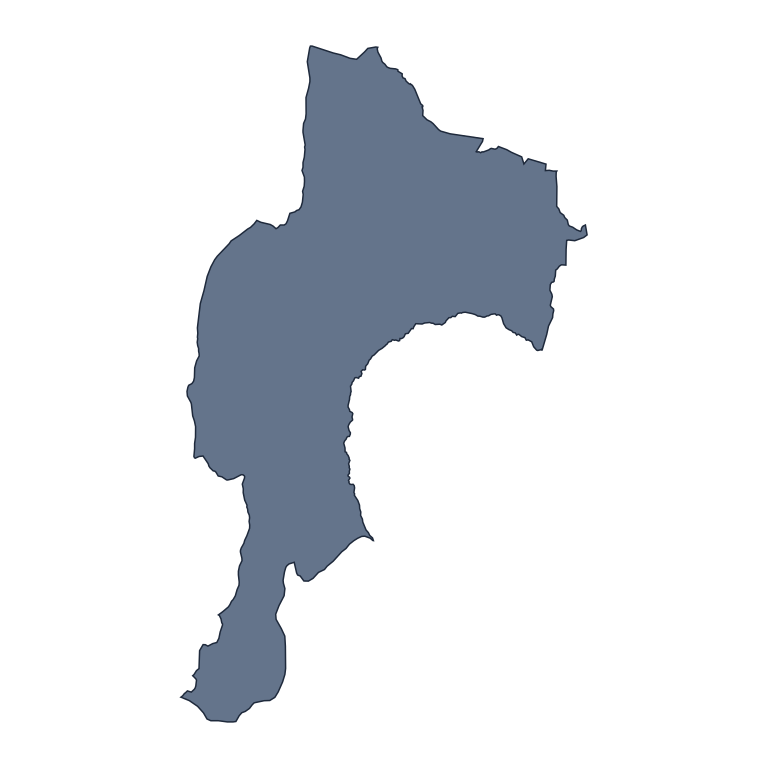 the district of Chipaque, Cundinamarca, Colombia
{"feature_id": "7082276B56609677726929", "entity_name": "Chipaque", "entity_type": "district", "adm_level": 2, "iso_a3": "COL", "parent_name": "Colombia", "parent_adm1": "Cundinamarca", "projection": "natural_earth1", "projection_center": [-74.063, 4.408], "detail": "fine", "context": "isolated", "style": "filled", "palette": "slate", "viewbox_px": 768, "rotation_deg": 0, "n_neighbors": 0, "source": "geoboundaries", "source_scale": "gbopen_adm2", "svg_char_len": 6093}
<svg xmlns="http://www.w3.org/2000/svg" viewBox="0 0 768 768"><path d="M377.8,47.3L375.8,47.0L367.8,48.4L364.4,52.1L356.6,59.3L350.0,58.3L340.7,54.8L333.3,53.0L312.2,46.1L310.4,46.1L309.7,47.9L307.3,61.7L309.9,78.0L309.9,81.6L308.6,88.2L306.0,97.6L306.1,113.8L305.5,119.0L303.6,123.4L303.0,130.2L303.0,132.3L305.2,145.1L304.6,147.0L305.0,149.4L304.3,157.2L303.0,162.6L303.0,167.3L302.0,170.5L304.4,177.1L304.5,181.4L304.2,186.2L302.6,191.3L303.2,194.5L302.4,202.2L301.0,206.9L299.0,209.7L296.6,210.5L294.9,211.9L289.9,213.3L287.5,220.8L286.0,223.8L284.2,225.0L280.3,225.0L277.9,227.6L276.0,228.7L273.1,226.1L270.3,224.5L260.9,222.3L256.8,220.4L254.2,223.8L250.5,227.4L247.7,229.0L239.3,235.5L231.1,240.9L229.2,243.7L217.3,256.2L214.7,259.7L210.9,266.8L207.2,276.4L204.0,290.5L200.3,303.6L197.4,327.9L197.8,333.3L197.4,337.2L197.7,338.7L197.2,342.2L197.7,345.7L198.6,348.4L198.6,351.2L199.1,353.6L199.2,356.0L196.6,360.9L194.7,367.8L194.4,377.6L193.6,381.2L191.9,383.6L188.7,385.3L187.9,387.2L187.0,391.4L187.4,396.0L190.9,402.4L191.4,404.1L192.7,415.9L194.4,420.9L195.6,426.6L195.5,437.3L194.6,443.5L194.6,448.7L193.9,456.4L194.5,457.8L195.3,458.2L199.0,456.5L203.0,456.0L208.2,463.7L208.9,466.1L210.0,467.8L213.2,470.9L214.7,471.1L215.9,472.1L218.2,476.0L221.9,476.8L226.5,479.9L227.7,480.0L233.7,478.6L241.2,474.7L243.0,474.8L244.2,475.7L244.6,476.4L244.5,478.1L242.3,484.1L243.3,488.8L243.2,492.7L244.7,500.1L247.0,505.2L246.8,507.1L247.6,509.0L247.9,512.0L249.3,515.2L249.6,517.9L249.1,521.4L249.7,525.0L249.6,528.3L246.9,535.7L244.7,540.3L243.9,543.3L241.3,547.9L240.5,550.2L240.4,551.9L241.9,558.2L242.0,560.7L239.5,565.9L238.4,571.2L238.4,574.9L239.2,582.1L239.0,585.3L237.1,589.6L235.3,595.9L233.1,599.6L231.5,601.3L230.0,604.5L228.4,606.9L222.6,611.8L218.4,614.9L219.4,615.5L221.0,618.9L221.8,622.9L222.5,623.8L222.5,625.1L220.2,631.9L218.9,638.3L216.8,642.5L212.7,643.6L207.9,646.1L205.3,644.7L203.1,644.6L199.6,650.6L199.0,668.6L196.5,670.6L193.9,674.7L192.7,675.7L195.8,678.8L196.5,680.1L195.8,686.0L195.2,687.9L194.3,689.3L191.3,692.1L187.4,690.9L185.4,692.9L184.5,693.4L182.7,695.8L180.9,697.2L189.3,700.6L197.6,706.3L203.5,712.9L207.0,719.0L210.8,720.7L218.3,720.7L227.2,721.9L233.2,721.9L235.9,721.5L239.2,715.7L241.8,712.7L245.3,711.4L249.5,708.4L252.2,704.8L254.2,702.8L264.1,700.7L269.8,700.5L274.9,697.3L278.2,691.9L282.6,681.9L284.9,674.4L285.6,668.5L285.4,646.3L284.8,636.1L281.3,628.6L276.1,619.4L275.7,614.2L279.0,605.6L284.1,595.7L284.9,588.6L283.4,583.2L283.1,580.2L284.5,571.9L285.8,567.4L287.0,565.6L289.1,563.9L294.2,562.3L296.6,572.9L297.6,575.0L300.2,576.0L303.9,581.0L308.4,581.1L313.1,578.3L318.5,572.4L324.5,569.5L327.1,566.2L333.2,561.2L341.7,551.8L346.0,548.5L349.4,544.2L353.8,540.7L357.6,538.3L361.7,536.4L364.8,536.2L370.2,538.2L372.8,540.5L373.4,540.6L372.5,537.9L369.7,535.4L368.4,532.7L366.0,529.9L362.8,522.1L362.4,519.1L360.6,515.4L360.8,512.0L359.7,508.7L359.5,505.1L357.8,500.5L354.4,495.3L354.6,493.8L353.9,492.5L354.6,487.9L354.2,485.6L353.1,484.3L351.1,484.5L350.0,484.2L348.9,482.6L349.1,481.8L348.5,480.4L349.9,478.2L349.7,477.4L348.1,476.1L348.0,475.1L349.4,473.4L349.3,471.3L349.9,469.1L349.2,467.7L349.3,466.3L348.6,463.8L349.9,460.3L349.1,459.3L349.2,458.1L348.1,455.5L346.7,453.7L346.5,452.4L345.1,451.8L345.0,447.9L343.7,443.1L344.7,440.8L346.1,439.2L346.8,437.4L347.8,436.5L349.4,436.4L350.3,434.2L350.4,432.7L349.1,430.6L348.1,426.7L348.7,424.8L350.3,422.1L352.5,420.2L352.6,419.4L352.0,417.0L352.8,413.7L352.2,412.6L349.8,411.3L349.4,409.5L348.1,407.1L348.1,405.3L349.5,399.5L349.7,396.5L350.5,394.8L350.6,392.8L351.1,391.7L350.5,386.1L351.8,384.2L352.1,382.4L353.5,380.8L354.7,378.0L356.0,377.5L358.6,378.2L359.4,376.5L360.9,376.3L361.9,373.6L361.1,371.4L362.6,369.8L364.6,370.0L365.4,369.5L365.6,366.5L366.1,365.6L367.7,363.8L369.2,360.1L370.5,359.0L372.2,356.1L374.2,354.9L378.6,350.4L382.0,348.4L385.4,345.6L385.9,344.9L386.9,344.3L388.4,342.1L391.2,341.3L392.3,339.7L394.5,340.3L395.8,340.0L398.4,341.0L399.6,340.6L400.0,338.5L401.4,338.6L403.0,337.8L404.1,336.7L405.4,333.8L408.2,333.3L411.5,328.6L413.1,328.7L413.8,326.8L415.8,323.7L422.2,324.0L424.6,323.0L429.8,322.5L431.2,323.1L433.2,323.3L435.2,324.5L439.8,324.2L441.8,325.0L445.3,322.5L446.0,320.9L448.9,317.7L450.8,317.6L452.3,316.3L455.2,316.6L457.8,313.4L460.2,312.9L461.5,313.1L462.6,312.5L465.3,312.2L472.1,313.6L475.3,314.6L477.9,316.1L479.9,316.2L482.8,317.1L484.8,317.1L487.0,316.0L488.6,315.8L491.0,314.4L494.1,313.9L495.3,313.9L496.5,315.2L498.0,314.7L499.1,314.9L500.9,316.0L501.9,317.8L503.6,323.7L506.1,327.8L508.9,329.6L511.7,330.8L513.1,332.4L515.3,332.9L516.7,335.1L517.7,334.4L518.8,334.3L521.7,336.6L524.9,337.6L526.3,340.2L528.2,339.9L531.7,341.8L533.7,346.8L536.6,350.1L537.8,350.5L540.4,349.8L541.3,350.0L541.5,349.4L542.2,349.8L546.7,334.5L548.5,326.1L552.6,317.6L552.9,313.8L553.7,310.7L553.5,309.0L550.8,306.6L550.3,305.2L552.3,296.7L551.9,294.3L549.9,290.2L550.3,284.6L551.6,282.4L553.5,281.9L554.1,281.3L554.3,279.1L555.3,276.1L555.7,270.1L557.3,268.9L559.3,266.2L561.4,264.8L565.9,265.1L566.1,249.3L566.7,240.4L568.6,240.0L574.8,240.7L583.7,237.5L587.1,234.9L585.4,225.0L583.1,226.1L582.2,227.0L581.4,228.7L581.2,230.5L580.5,231.4L576.7,229.9L572.7,227.2L569.4,226.0L568.3,224.6L567.3,220.1L564.7,217.5L563.8,215.3L560.2,212.6L558.8,208.9L556.7,206.4L556.9,186.6L556.1,176.5L556.2,172.2L556.8,171.1L553.2,171.1L549.2,170.3L545.4,170.6L546.0,164.1L528.2,158.8L523.9,164.0L521.7,156.9L511.4,152.3L506.8,149.7L498.4,146.5L496.9,148.4L495.1,149.2L491.3,148.4L490.4,148.7L488.8,149.9L483.5,151.9L481.9,151.9L480.7,152.7L478.8,151.8L476.9,152.0L476.2,151.7L482.5,141.4L483.1,138.7L450.1,133.8L440.6,131.1L438.5,129.5L433.1,123.6L430.9,121.8L427.0,119.8L422.7,115.6L423.0,110.4L422.2,107.2L422.2,106.7L422.8,106.6L422.7,105.5L420.7,103.8L414.8,89.3L412.4,85.4L410.4,83.9L410.2,84.3L408.8,83.6L406.1,81.1L405.0,78.6L403.0,77.9L402.1,76.0L402.2,73.8L398.0,71.3L397.8,69.7L395.7,68.9L390.1,68.3L388.0,67.5L386.8,66.8L384.9,64.2L382.8,62.5L381.9,61.2L381.0,57.9L377.9,52.1L377.2,48.8L377.8,47.3Z" fill="#64748b" stroke="#1e293b" stroke-width="1.5"/></svg>